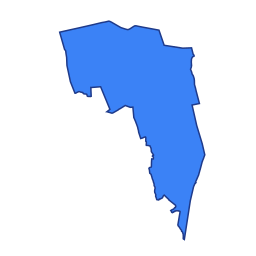 Stefan Cel Mare, Neamt, Romania (Albers equal-area conic projection), rotated 187°
{"feature_id": "2599482B75219303037693", "entity_name": "Stefan Cel Mare", "entity_type": "district", "adm_level": 2, "iso_a3": "ROU", "parent_name": "Romania", "parent_adm1": "Neamt", "projection": "albers", "projection_center": [26.525, 47.014], "detail": "fine", "context": "isolated", "style": "filled", "palette": "blue", "viewbox_px": 256, "rotation_deg": 187, "n_neighbors": 0, "source": "geoboundaries", "source_scale": "gbopen_adm2", "svg_char_len": 3587}
<svg xmlns="http://www.w3.org/2000/svg" viewBox="0 0 256 256"><g transform="rotate(187 128 128)"><path d="M159.6,231.7L159.8,231.7L160.2,231.7L160.7,231.5L161.3,231.3L162.6,230.8L163.7,230.4L166.7,229.5L176.1,226.0L188.6,221.5L207.5,214.8L207.4,214.5L200.5,198.2L199.5,197.3L199.2,196.8L198.6,194.3L197.5,190.5L196.2,182.6L190.8,166.9L184.9,156.1L184.1,156.2L183.7,156.5L183.3,156.9L181.1,158.2L180.2,158.1L179.7,157.9L177.2,157.7L176.7,156.9L176.2,156.6L174.7,156.5L174.1,156.6L173.1,156.5L172.3,154.7L171.9,154.5L170.9,154.5L170.1,154.6L168.9,154.7L168.4,155.0L169.3,160.4L169.8,163.7L169.6,163.7L160.2,165.6L148.2,144.3L150.9,141.6L150.7,141.6L149.3,141.3L148.3,141.2L146.3,140.8L145.8,140.8L145.0,141.0L139.9,144.8L138.9,145.9L138.6,145.9L133.5,150.0L128.3,148.8L127.7,148.9L125.7,149.3L123.5,139.1L123.3,138.8L121.2,135.2L119.4,131.7L118.6,130.1L118.2,129.0L117.9,128.1L117.8,127.9L117.3,126.7L116.9,125.1L114.1,119.1L112.7,119.7L112.1,120.0L111.0,120.7L110.4,121.0L109.5,121.2L109.4,121.0L109.1,120.5L108.8,117.1L108.5,116.8L108.2,116.7L108.1,116.3L107.9,115.3L107.9,113.7L107.7,113.0L106.2,113.1L104.0,112.9L103.7,112.3L102.6,110.5L102.0,107.7L101.9,107.3L100.9,106.2L100.4,105.5L99.9,105.0L99.4,104.5L99.3,104.2L99.4,103.9L100.0,103.8L100.4,103.1L100.1,102.9L99.2,102.2L99.1,100.4L100.7,100.2L100.5,96.8L100.1,92.8L100.1,92.4L100.2,92.1L101.0,91.6L101.9,91.3L102.2,90.7L102.3,90.3L102.0,89.7L101.6,88.9L101.6,88.7L100.9,85.8L99.4,84.8L99.4,84.6L98.3,82.2L98.1,81.6L97.5,80.2L96.7,78.9L96.0,77.0L95.6,76.4L95.5,76.1L95.2,75.2L95.1,74.5L95.1,74.2L94.9,73.7L94.2,72.9L94.0,72.5L94.0,72.4L93.9,71.9L93.8,71.5L93.7,71.2L93.9,70.5L93.9,69.8L93.9,69.1L93.9,68.7L93.8,68.2L93.6,67.3L93.0,66.4L92.8,66.0L92.6,65.7L92.4,65.4L92.2,64.8L92.3,64.3L92.3,63.9L92.1,63.2L91.9,62.9L91.4,62.1L91.2,61.8L91.2,61.4L90.7,60.4L89.2,60.3L88.9,60.3L88.8,60.6L88.6,60.9L88.3,61.3L87.8,61.0L87.4,61.5L86.4,62.1L85.4,62.8L85.1,63.5L84.8,64.6L84.6,65.0L84.1,65.6L83.9,65.8L78.8,62.0L78.7,61.6L71.4,57.1L71.0,55.9L71.3,54.8L71.8,54.8L72.2,54.2L72.7,53.4L73.0,52.9L73.4,52.7L73.9,52.6L75.5,51.3L75.0,50.8L74.4,49.7L73.8,49.4L73.7,49.6L73.4,49.7L72.9,49.8L72.4,50.2L72.5,50.4L72.3,50.5L72.0,50.6L71.7,50.9L71.4,50.9L71.3,51.2L71.0,51.2L70.8,51.4L70.3,51.7L69.6,51.7L69.1,51.8L68.2,51.9L67.9,51.8L67.7,51.9L67.4,51.8L66.6,51.7L66.3,51.6L66.1,51.3L66.7,38.0L66.3,37.0L65.7,36.6L64.9,35.7L64.2,34.9L63.8,34.3L63.1,33.6L62.5,33.1L62.4,32.7L62.2,32.0L61.8,31.8L61.4,31.6L61.1,31.1L60.9,30.5L60.7,30.1L60.4,29.8L59.9,27.1L59.8,25.8L59.7,24.9L59.4,24.5L58.8,24.5L58.5,24.3L57.3,63.4L55.9,76.4L55.9,76.8L55.5,78.8L55.3,79.2L55.1,80.1L54.8,81.1L54.5,81.1L53.9,82.1L54.3,82.4L54.3,82.9L54.0,83.8L53.4,85.8L52.6,88.6L52.1,90.2L52.1,90.4L52.1,90.9L52.0,91.4L51.7,93.2L51.5,95.0L51.4,95.1L50.3,103.1L50.3,103.3L50.2,103.8L50.0,104.2L50.0,104.6L49.3,107.1L49.1,108.2L48.5,110.7L52.4,121.4L60.1,138.8L67.2,158.6L60.1,161.0L64.9,173.1L65.9,175.9L67.3,179.2L67.9,183.3L68.4,185.2L69.6,187.8L71.0,189.5L71.6,191.2L73.1,193.9L73.1,194.1L72.8,195.1L72.8,195.3L72.6,196.0L72.6,196.3L72.5,197.6L72.6,198.2L72.8,198.2L72.8,198.7L72.8,199.0L73.0,200.2L73.2,201.1L73.3,202.6L73.3,203.0L73.4,203.8L73.2,204.9L72.8,206.0L72.3,206.8L71.6,207.0L71.2,207.3L71.3,208.2L71.9,208.8L72.3,209.1L74.7,215.3L83.4,213.9L102.2,214.5L109.2,228.9L125.8,229.9L130.1,230.2L132.1,230.4L133.2,230.3L133.5,230.3L133.7,230.2L134.2,229.9L135.4,229.0L136.9,227.7L138.8,226.2L139.3,226.0L139.6,225.8L140.3,225.6L141.4,225.7L143.3,226.0L147.3,226.8L150.2,228.0L157.5,231.1L159.1,231.6L159.6,231.7Z" fill="#3b82f6" stroke="#1e3a8a" stroke-width="1.5"/></g></svg>